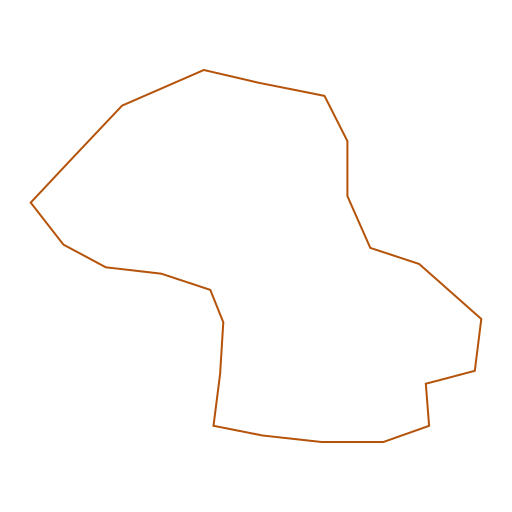 outline of Osan-si, Gyeonggi, South Korea
{"feature_id": "91817680B96375859106804", "entity_name": "Osan-si", "entity_type": "district", "adm_level": 2, "iso_a3": "KOR", "parent_name": "South Korea", "parent_adm1": "Gyeonggi", "projection": "natural_earth1", "projection_center": [127.056, 37.158], "detail": "fine", "context": "isolated", "style": "outline", "palette": "amber", "viewbox_px": 512, "rotation_deg": 0, "n_neighbors": 0, "source": "geoboundaries", "source_scale": "gbopen_adm2", "svg_char_len": 433}
<svg xmlns="http://www.w3.org/2000/svg" viewBox="0 0 512 512"><path d="M474.8,370.8L481.3,319.0L419.2,264.0L370.3,247.9L347.4,196.1L347.4,141.1L324.5,95.9L259.3,82.9L203.8,70.0L122.1,105.6L73.2,157.3L30.7,202.6L63.4,244.6L105.8,267.3L161.3,273.7L210.3,289.9L223.3,322.3L220.1,374.0L213.5,425.8L262.5,435.5L321.3,442.0L383.3,442.0L429.1,425.8L425.8,383.7L448.4,377.8L474.8,370.8Z" fill="none" stroke="#b45309" stroke-width="2"/></svg>